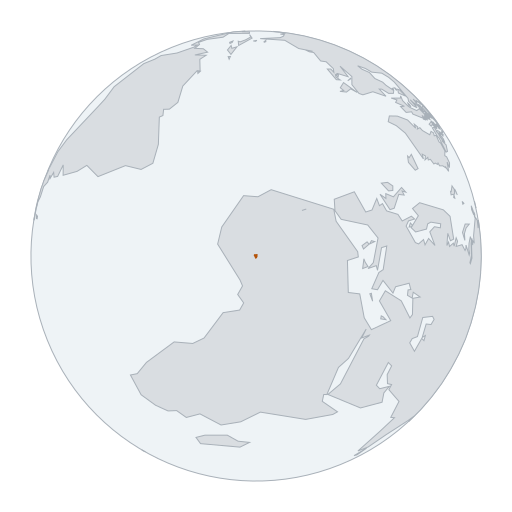 Kadiogo on an orthographic globe, rotated 68°
{"feature_id": "BFA-2815", "entity_name": "Kadiogo", "entity_type": "Province", "adm_level": 1, "iso_a3": "BFA", "parent_name": "Burkina Faso", "parent_adm1": "", "projection": "orthographic", "projection_center": [-1.48, 12.365], "detail": "fine", "context": "on_globe", "style": "filled", "palette": "amber", "viewbox_px": 512, "rotation_deg": 68, "n_neighbors": 0, "source": "natural_earth", "source_scale": "10m", "svg_char_len": 9154}
<svg xmlns="http://www.w3.org/2000/svg" viewBox="0 0 512 512"><g transform="rotate(68 256 256)"><circle cx="256" cy="256" r="225" fill="#eef3f6" stroke="#a8b0b8"/><path d="M196.0,38.9L195.6,39.0L173.3,47.3L177.5,46.0L171.6,49.3L174.2,49.2L169.3,51.5L175.6,49.6L179.6,47.7L183.6,46.4L185.6,46.4L179.7,49.0L177.9,49.3L177.1,50.2L173.4,51.6L176.3,50.9L168.9,54.5L178.9,51.1L175.4,54.2L169.7,56.6L166.8,56.0L146.6,62.6L140.0,66.1L133.6,70.9L128.9,79.8L123.1,84.3L117.7,90.5L122.5,87.8L128.4,82.1L136.0,79.3L142.3,73.4L146.3,71.6L154.2,66.3L156.7,67.7L154.9,72.1L148.4,76.9L147.4,79.2L156.6,75.6L147.5,86.1L146.6,96.5L143.9,99.6L133.1,102.9L125.5,99.9L111.5,107.0L124.3,103.4L117.2,112.2L117.6,114.4L120.1,114.8L124.3,112.0L122.6,115.5L109.4,119.8L110.7,116.6L114.9,115.0L111.2,114.1L102.2,118.2L99.4,123.0L88.9,126.3L86.7,130.0L83.2,133.2L87.4,126.8L79.6,138.7L66.8,148.5L56.0,170.7L62.6,151.8L62.5,148.3L61.3,146.8L59.4,150.3L60.5,145.2L57.0,150.4L54.2,155.9L61.7,142.0L70.1,128.7L79.5,116.0L89.7,104.0L100.8,92.7L112.6,82.2L125.1,72.6L138.3,63.9L152.0,56.2L166.3,49.4L180.9,43.6L196.0,38.9ZM43.4,181.6L42.8,184.9L45.7,178.1L47.1,178.7L39.5,197.8L40.8,204.6L36.9,219.9L36.4,229.3L38.7,229.1L40.5,235.0L44.1,227.2L48.9,224.5L46.7,237.4L51.2,227.0L52.6,234.4L63.5,238.5L62.1,241.1L71.0,260.2L84.3,270.9L87.4,281.3L85.4,286.7L90.9,289.7L91.0,293.6L115.9,304.7L131.4,316.9L132.7,330.1L123.3,343.2L123.2,372.8L108.6,378.9L110.5,390.2L108.9,404.6L99.3,400.6L107.9,410.1L107.3,413.7L102.7,412.3L107.0,417.9L103.8,416.7L109.5,421.5L112.1,426.9L120.3,433.7L124.1,438.0L129.6,441.9L128.3,441.2L128.8,441.8L131.5,443.6L123.8,438.4L112.9,430.0L109.2,426.6L107.2,425.0L98.4,415.8L99.1,417.1L85.1,400.7L77.3,387.9L58.5,346.9L54.0,337.4L45.9,324.1L35.6,288.0L35.6,276.0L34.6,268.9L38.2,253.2L39.1,235.1L38.3,231.7L36.3,237.1L35.2,222.9L37.3,208.7L39.7,193.1L43.4,181.6ZM52.5,178.0L54.3,193.2L50.2,192.0L51.5,190.5L51.7,184.9L51.0,178.8L48.3,179.0L52.5,178.0ZM60.2,167.7L59.7,166.1L60.6,166.8L60.2,167.7ZM152.3,66.0L153.2,66.2L151.2,67.1L152.3,66.0ZM154.8,63.8L151.9,64.7L152.7,63.8L154.5,63.2L154.8,63.8ZM158.2,62.9L154.5,62.1L155.9,60.6L163.9,57.3L158.2,62.9ZM180.0,47.1L175.9,49.2L177.6,47.6L180.0,47.1ZM180.1,46.5L179.5,44.6L186.5,42.1L185.3,42.9L193.0,40.1L196.8,39.6L193.4,41.1L188.1,42.8L193.6,41.5L180.1,46.5ZM185.4,45.7L184.7,45.4L190.7,43.0L193.3,43.3L190.5,44.0L185.4,45.7ZM193.2,39.8L198.2,38.4L202.6,37.5L205.1,37.0L197.5,39.4L193.2,39.8ZM190.1,44.5L194.5,43.6L193.4,44.8L186.6,46.0L190.1,44.5ZM191.2,42.4L194.2,41.4L193.4,42.0L191.2,42.4ZM191.8,49.5L190.8,48.7L193.8,47.3L191.8,49.5ZM196.2,43.3L196.6,42.9L197.7,42.3L200.3,42.1L196.2,43.3ZM201.1,38.9L201.9,39.0L204.5,37.8L207.9,37.5L202.1,39.3L206.0,38.4L207.1,38.3L201.2,40.0L201.1,38.9ZM206.2,40.5L200.1,43.3L201.3,44.9L198.6,46.1L197.1,43.4L206.2,40.5ZM203.8,40.0L204.6,40.5L200.8,41.4L197.9,41.7L203.8,40.0ZM212.2,36.7L208.5,36.7L209.8,36.3L212.2,36.7ZM207.3,40.7L208.7,40.0L207.8,40.6L207.3,40.7ZM211.5,37.6L210.0,37.5L211.6,37.1L211.5,37.6ZM212.9,38.9L210.9,39.7L208.8,39.8L212.9,38.9ZM212.9,38.1L215.4,37.6L209.3,39.4L211.9,38.2L212.9,38.1ZM213.3,37.2L213.8,37.0L213.7,37.3L213.3,37.2ZM221.8,38.4L214.5,40.6L210.0,40.7L217.7,38.4L221.8,38.4ZM139.2,448.4L125.7,439.8L132.1,444.0L130.0,442.3L139.4,448.0L139.2,448.4ZM135.8,444.1L137.3,443.7L139.5,445.0L139.0,445.6L135.8,444.1ZM466.8,176.6L463.5,168.6L465.5,176.6L470.4,202.3L475.1,223.6L475.0,234.6L465.2,207.4L457.8,188.2L456.1,191.5L444.4,177.9L429.7,182.9L426.0,178.4L423.6,181.9L415.1,178.8L408.7,171.4L404.3,173.2L420.9,192.8L425.4,191.0L426.8,181.2L430.8,188.7L438.8,193.9L436.0,216.1L411.3,241.2L406.2,225.6L373.2,186.9L372.6,181.9L372.4,181.4L371.8,180.5L371.6,188.7L365.0,181.2L385.6,208.6L390.2,221.3L411.0,242.2L409.8,245.1L415.6,249.0L431.0,238.8L431.7,244.2L426.1,271.2L402.4,310.4L404.0,332.3L399.6,351.7L381.4,367.1L379.6,381.1L369.6,387.5L366.7,395.6L356.8,405.0L341.6,414.5L319.3,417.0L320.6,410.2L313.6,397.4L305.0,364.1L313.4,347.4L312.6,334.9L296.2,307.7L300.0,291.4L294.9,285.0L284.8,287.4L278.7,279.7L272.3,279.8L230.6,287.1L216.3,276.9L195.4,244.9L201.8,232.0L200.2,217.1L241.8,166.4L253.8,168.7L290.1,160.1L295.2,161.5L294.4,172.9L324.4,184.1L330.0,174.0L353.8,178.8L367.5,176.6L366.4,155.3L343.9,158.4L336.7,149.1L352.0,138.1L371.1,136.5L368.9,132.9L354.0,126.4L355.5,119.2L348.5,123.8L353.5,127.0L349.2,130.3L344.4,127.7L345.1,125.0L338.6,124.2L336.8,138.1L341.7,142.9L326.2,147.4L332.8,156.0L329.7,160.9L317.3,148.2L316.3,143.2L295.7,131.0L295.3,136.5L314.8,148.7L310.0,148.1L309.6,156.8L306.1,149.7L285.0,136.1L269.1,140.8L253.9,163.3L243.6,165.8L232.7,162.2L233.3,140.8L256.3,137.8L256.8,131.2L247.9,122.5L255.6,122.7L254.8,119.1L263.1,118.0L270.6,108.8L278.3,107.3L277.3,97.0L281.1,95.1L280.6,101.5L284.5,105.6L303.3,103.2L305.7,100.7L303.5,94.5L309.0,95.1L304.4,89.4L313.3,86.1L298.7,85.8L295.7,79.6L298.9,74.5L295.3,72.7L290.1,81.2L290.5,84.8L294.9,87.8L293.5,99.0L287.9,101.5L279.5,90.4L270.6,93.1L267.9,84.3L283.4,65.0L291.9,61.2L314.4,66.4L314.7,70.0L306.8,69.7L317.8,75.1L315.2,72.2L319.7,73.0L318.0,68.2L321.1,68.6L314.1,63.6L317.8,63.6L322.1,66.8L322.7,60.7L329.2,60.1L327.8,58.6L324.5,57.2L335.0,58.0L333.5,56.9L329.5,56.2L324.0,53.7L318.3,50.0L322.2,50.4L324.8,51.8L336.1,55.9L342.4,60.2L343.4,60.1L338.9,56.6L325.1,51.5L320.6,49.2L327.1,51.0L324.4,50.1L323.4,49.2L326.0,48.9L318.8,46.7L302.2,38.2L305.7,37.5L313.4,39.6L305.9,36.4L309.0,37.0L325.2,41.6L341.1,47.4L356.4,54.3L371.2,62.4L385.4,71.6L398.8,81.8L411.5,92.9L423.2,105.0L434.0,118.0L443.9,131.7L452.6,146.1L460.3,161.1L466.8,176.6ZM231.3,191.8L231.0,196.2L231.0,196.3L231.3,191.8ZM394.1,146.0L403.7,144.8L394.5,133.2L397.4,132.0L393.2,128.8L393.8,132.4L382.8,123.7L385.1,119.4L381.5,114.6L378.1,114.9L375.5,124.4L391.2,136.5L391.1,142.1L394.1,146.0ZM63.9,238.5L65.0,241.5L63.0,240.9L63.9,238.5ZM48.0,196.8L49.1,198.1L49.2,200.5L48.0,200.4L48.0,196.8ZM61.4,205.0L63.5,207.2L60.7,207.1L61.4,205.0ZM54.9,195.3L59.7,203.7L54.3,205.3L51.5,200.2L54.4,200.6L54.9,195.3ZM56.4,174.4L56.8,175.9L55.6,178.0L56.4,174.4ZM60.9,168.3L60.5,168.3L61.0,166.1L60.9,168.3ZM118.0,111.9L119.0,111.7L120.8,112.9L118.5,113.8L118.0,111.9ZM137.9,110.7L134.8,116.5L135.4,112.7L131.6,114.8L128.0,109.9L142.3,100.9L136.5,105.6L137.9,110.7ZM127.2,101.8L127.9,105.3L126.6,101.8L127.2,101.8ZM242.3,102.9L246.5,104.6L245.3,108.7L235.4,112.5L237.0,106.4L242.3,102.9ZM252.6,106.4L247.0,95.4L252.9,93.2L250.5,96.2L255.0,95.8L252.4,100.6L263.5,110.0L263.2,114.4L245.2,117.9L251.3,114.0L246.8,112.3L252.6,106.4ZM222.2,77.1L219.9,73.9L235.7,73.0L236.1,76.2L226.3,79.6L220.1,78.0L222.2,77.1ZM173.0,58.0L171.1,58.0L172.7,57.1L175.7,56.4L173.0,58.0ZM191.1,49.2L183.2,57.4L180.6,57.7L179.1,63.0L171.6,66.0L172.8,62.3L165.9,69.0L164.1,66.9L160.2,71.5L163.7,63.0L161.7,61.9L166.8,61.9L173.7,59.0L176.1,57.5L181.4,52.5L180.6,49.5L187.3,46.8L192.3,45.7L193.5,46.0L188.7,47.5L193.8,46.9L187.8,49.4L191.1,49.2ZM246.5,43.5L240.5,43.6L249.7,45.7L243.8,47.0L245.2,47.1L242.3,49.1L241.2,52.0L238.0,52.4L239.0,53.4L237.0,55.0L237.3,56.6L231.7,58.1L231.5,60.3L228.9,59.8L230.2,63.3L226.7,61.4L223.9,63.7L228.7,64.4L198.0,71.5L187.7,77.1L181.0,83.1L176.1,79.9L179.2,72.6L186.7,64.5L197.3,60.1L193.1,59.8L197.0,57.7L198.7,58.8L198.4,56.0L202.0,54.7L208.7,49.5L206.0,47.0L208.4,45.3L211.3,45.7L211.7,43.8L218.7,43.6L220.5,42.5L229.3,41.5L233.7,43.4L235.5,42.1L242.2,41.7L246.5,43.5ZM224.2,38.1L230.8,39.3L230.9,40.8L215.6,42.0L212.9,43.0L203.2,44.5L203.3,42.4L206.1,42.1L208.9,41.4L207.7,42.3L210.7,41.1L214.6,40.7L218.0,39.8L219.2,40.3L224.2,38.1ZM299.0,157.0L302.6,157.1L307.7,156.1L307.6,161.8L299.0,157.0ZM284.5,147.7L287.4,146.7L289.8,153.7L286.1,153.8L284.5,147.7ZM287.1,140.5L287.4,146.1L285.0,143.2L287.1,140.5ZM283.2,100.5L286.1,99.4L287.1,100.8L286.5,103.2L283.2,100.5ZM272.4,52.2L268.9,51.4L269.3,50.8L264.4,48.0L268.3,47.2L272.9,48.5L272.4,52.2ZM363.7,159.4L361.0,163.9L358.4,162.3L359.8,161.0L363.7,159.4ZM333.8,163.0L341.6,164.8L333.7,164.6L333.8,163.0ZM275.9,50.8L273.4,49.6L276.9,50.0L275.9,50.8ZM271.0,46.5L274.8,46.5L268.2,46.8L271.0,46.5ZM396.3,431.8L394.4,433.6L392.9,434.6L396.3,431.8ZM427.2,342.5L409.2,377.7L401.7,379.6L403.0,370.4L411.4,349.7L421.0,342.0L426.4,331.8L427.2,342.5ZM475.6,225.4L478.2,236.9L477.8,239.9L475.6,225.4ZM306.3,46.3L308.7,50.7L313.2,54.3L319.8,56.5L311.5,55.7L304.7,50.1L306.3,46.3ZM302.3,38.9L296.5,37.6L298.2,37.5L299.8,37.7L302.3,38.9ZM299.4,38.7L293.8,38.7L290.0,37.6L295.1,37.7L299.4,38.7ZM285.1,43.5L285.5,44.8L282.6,44.4L285.1,43.5ZM291.9,33.7L286.9,32.9L294.0,34.0L291.9,33.7Z" fill="#d9dde1" stroke="#a8b0b8" stroke-width="1"/><path d="M257.5,256.4L257.5,256.5L257.6,256.8L257.4,256.8L257.1,256.8L256.9,256.9L256.7,256.9L256.4,257.0L256.2,256.9L256.1,256.7L255.9,256.7L255.7,256.8L255.5,257.0L255.4,257.0L255.2,257.1L254.9,257.1L254.7,257.1L254.5,256.9L254.6,256.7L254.8,256.6L254.8,256.4L254.7,256.3L254.7,256.2L254.9,256.0L255.1,255.9L255.1,255.3L255.1,255.2L255.3,255.2L255.5,255.1L255.5,254.9L255.7,255.0L255.7,255.3L255.8,255.3L255.9,255.2L256.0,255.2L256.1,255.3L256.1,255.5L256.3,255.6L256.5,255.5L256.8,255.5L256.9,255.8L256.8,256.0L257.0,256.2L257.1,256.3L257.4,256.4L257.5,256.4Z" fill="#f59e0b" stroke="#b45309" stroke-width="1.5"/></g></svg>